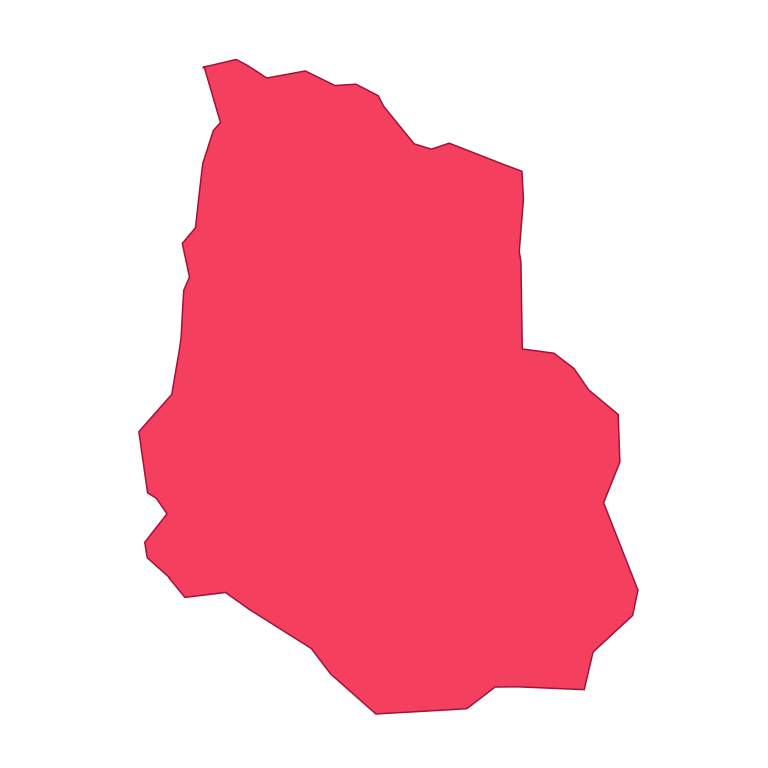 outline of Batsu'mber, Töv, Mongolia, rotated 88°
{"feature_id": "93677404B9757531437385", "entity_name": "Batsu'mber", "entity_type": "district", "adm_level": 2, "iso_a3": "MNG", "parent_name": "Mongolia", "parent_adm1": "Töv", "projection": "mercator", "projection_center": [106.756, 48.416], "detail": "fine", "context": "isolated", "style": "filled", "palette": "rose", "viewbox_px": 768, "rotation_deg": 88, "n_neighbors": 0, "source": "geoboundaries", "source_scale": "gbopen_adm2", "svg_char_len": 1377}
<svg xmlns="http://www.w3.org/2000/svg" viewBox="0 0 768 768"><g transform="rotate(88 384 384)"><path d="M696.5,194.6L659.1,184.4L624.0,143.6L598.9,137.4L580.2,144.0L564.1,149.7L510.3,168.7L470.3,151.0L422.7,151.0L397.1,179.6L375.3,193.5L359.2,213.0L353.8,244.6L267.3,242.9L256.2,244.2L204.3,238.2L176.3,238.7L168.5,257.5L145.6,310.5L151.0,328.5L145.0,345.5L106.4,374.7L95.8,379.6L83.4,401.5L84.0,422.7L68.4,451.7L74.1,490.3L72.0,493.6L67.7,499.5L60.3,510.3L54.5,520.5L56.7,531.3L60.1,548.5L60.7,553.2L61.1,553.4L61.0,553.2L60.9,552.6L61.3,552.5L99.4,542.8L117.0,538.3L121.9,543.0L123.0,544.1L124.7,545.7L141.0,551.6L141.7,551.8L157.4,557.5L157.7,557.5L173.4,559.9L183.9,561.5L221.3,567.0L229.5,574.4L229.6,574.5L236.5,580.7L238.1,580.4L254.8,577.4L257.6,576.9L270.4,574.7L271.1,575.0L279.6,579.1L283.2,580.8L283.6,580.9L297.4,582.2L303.5,582.8L311.4,583.5L330.3,585.1L344.2,587.6L358.4,590.6L387.1,596.5L392.8,602.0L420.2,627.9L423.1,630.6L423.6,630.6L446.2,628.2L484.5,624.1L486.9,620.5L488.9,617.5L490.3,615.5L504.3,606.6L505.4,605.9L505.7,605.7L506.2,605.4L508.9,607.7L533.9,628.7L541.1,627.7L542.6,627.6L549.5,626.6L564.2,611.2L567.5,607.8L570.0,605.2L570.2,605.5L570.3,605.6L590.3,590.4L586.8,549.7L604.5,526.6L645.8,465.9L672.0,447.4L713.5,403.6L711.4,312.6L690.7,283.5L691.3,260.8L696.4,195.1L696.5,194.6Z" fill="#f43f5e" stroke="#9f1239" stroke-width="1.5"/></g></svg>